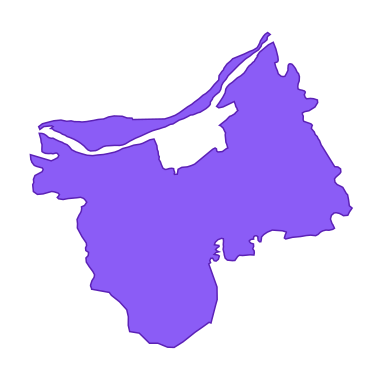 the district of Markz Al Minya, Al Minya, Egypt, rotated 266°
{"feature_id": "37247803B71676379887746", "entity_name": "Markz Al Minya", "entity_type": "district", "adm_level": 2, "iso_a3": "EGY", "parent_name": "Egypt", "parent_adm1": "Al Minya", "projection": "equal_earth", "projection_center": [30.728, 28.101], "detail": "fine", "context": "isolated", "style": "filled", "palette": "violet", "viewbox_px": 384, "rotation_deg": 266, "n_neighbors": 0, "source": "geoboundaries", "source_scale": "gbopen_adm2", "svg_char_len": 6027}
<svg xmlns="http://www.w3.org/2000/svg" viewBox="0 0 384 384"><g transform="rotate(266 192 192)"><path d="M247.5,157.8L247.0,153.6L244.0,146.2L243.3,143.3L242.8,137.2L241.3,131.7L240.2,125.8L238.5,122.0L237.2,117.8L236.2,111.3L235.6,106.4L235.5,100.5L235.2,95.4L236.0,89.9L237.9,84.6L240.1,79.0L242.5,75.0L246.0,72.5L247.9,70.7L249.3,67.8L250.6,66.0L252.0,62.8L253.8,59.6L255.4,57.1L255.4,55.2L256.3,52.8L258.6,50.5L260.2,48.3L260.9,46.3L261.2,43.7L255.3,44.9L252.3,45.0L249.7,45.7L244.9,45.2L242.8,45.2L241.8,46.5L240.8,48.4L240.3,51.6L240.3,54.1L239.8,56.0L240.4,59.1L239.9,60.4L237.8,61.7L235.7,60.5L234.0,56.8L232.9,53.7L240.5,33.4L235.7,33.5L233.6,34.2L233.1,34.2L229.9,36.2L229.4,36.8L228.4,38.7L226.4,44.4L224.8,45.1L222.7,43.9L219.4,36.5L215.7,34.7L212.5,34.8L210.4,33.6L203.5,33.8L200.4,37.6L200.5,43.3L202.3,52.0L201.8,54.5L200.3,58.3L198.7,59.6L197.1,58.4L196.0,57.2L194.5,58.5L193.5,62.9L194.1,67.9L194.3,77.3L194.5,80.5L193.4,83.0L192.3,84.3L189.2,86.3L186.0,83.8L184.9,80.7L183.3,80.8L180.6,80.2L178.5,79.0L176.9,77.8L172.6,75.4L168.4,75.6L164.1,75.1L155.2,79.1L148.5,83.0L145.8,83.1L143.7,81.9L141.0,82.0L139.0,84.6L135.8,84.0L133.6,81.6L129.4,81.7L124.7,84.3L119.5,87.6L116.3,89.0L113.7,88.4L110.5,86.0L106.2,84.3L105.2,84.3L103.1,85.0L102.0,85.1L97.6,102.5L94.5,104.4L87.6,112.0L79.1,118.7L72.0,119.8L63.4,119.1L57.1,120.1L54.9,129.5L44.1,139.0L43.5,147.4L38.9,156.8L38.2,163.3L43.1,172.5L51.9,185.3L56.8,193.5L60.8,199.9L60.0,201.8L78.2,207.9L82.9,209.6L95.5,210.3L119.1,203.7L120.2,205.6L122.3,204.9L124.5,206.1L124.5,208.0L121.9,209.3L121.4,211.2L123.0,213.6L126.2,214.8L127.3,213.5L128.2,209.7L129.9,211.6L130.5,214.7L131.5,212.8L133.0,211.5L134.6,213.3L135.7,215.2L136.8,215.1L137.8,210.7L139.4,211.3L140.4,211.9L142.6,214.5L143.7,218.1L143.2,220.0L140.6,220.0L137.4,219.5L135.3,219.6L132.6,219.0L129.0,219.7L126.9,219.8L123.7,220.5L121.6,222.5L120.7,227.5L120.7,230.0L124.5,233.1L125.6,234.9L125.1,238.1L125.3,245.6L124.8,249.4L126.9,249.9L129.0,249.9L131.1,248.6L133.3,249.7L135.9,249.7L136.9,247.1L138.5,245.8L139.5,245.8L140.6,247.7L140.7,250.2L141.7,250.1L143.3,250.7L143.9,251.9L143.9,253.2L142.9,254.5L139.2,254.6L137.6,255.9L137.6,257.2L139.2,257.7L142.4,258.3L144.6,260.7L146.7,264.4L148.4,269.4L147.0,279.5L145.5,283.3L145.0,283.3L142.9,282.1L139.7,280.9L138.6,282.2L139.8,289.1L140.0,297.3L140.6,302.9L140.7,307.3L139.8,312.3L140.9,314.8L143.0,317.3L144.1,319.7L144.7,322.9L144.3,326.0L144.9,329.8L145.9,331.6L149.6,330.2L150.7,329.5L155.0,328.3L155.6,328.3L159.2,329.5L159.7,330.5L161.1,332.1L161.3,334.3L160.4,337.4L159.0,339.8L157.8,341.4L157.9,345.8L161.0,347.6L164.8,350.6L167.3,348.0L173.7,347.6L178.4,347.0L179.8,345.8L186.0,342.8L186.8,341.7L189.3,337.3L191.9,335.3L195.2,335.1L197.0,336.8L200.1,340.8L201.6,341.9L204.7,341.8L206.8,339.3L207.3,336.1L228.4,325.0L229.7,324.2L234.4,322.8L236.5,321.5L238.6,320.8L240.7,318.9L243.3,318.2L247.0,315.5L248.9,316.1L250.2,316.7L251.7,315.4L254.7,308.4L256.3,307.9L260.0,308.3L261.6,307.6L263.2,307.6L264.3,310.0L264.9,314.4L268.2,320.6L272.4,323.6L275.1,323.5L276.6,319.7L277.1,316.6L277.0,312.8L278.6,311.5L281.2,310.8L282.2,311.4L283.8,312.0L284.9,311.3L285.9,308.8L286.4,306.9L287.4,305.0L290.0,304.9L292.7,305.5L295.3,306.7L299.6,307.2L302.7,306.5L304.3,305.2L308.0,303.8L311.1,301.8L312.6,300.5L313.1,298.6L312.6,297.4L311.5,296.8L308.3,296.3L306.8,296.3L303.6,294.5L300.9,292.7L300.8,290.8L301.3,288.9L303.9,286.3L307.1,285.6L310.8,284.3L315.0,283.5L315.5,284.8L315.5,285.4L316.1,286.6L317.5,287.2L320.8,287.1L328.7,285.7L335.7,283.5L333.5,278.5L326.7,269.1L323.6,266.7L323.2,267.1L319.4,264.1L318.0,263.3L317.1,261.8L315.4,260.0L314.0,257.9L312.0,256.0L309.6,254.4L307.1,252.3L304.5,248.8L302.7,245.2L298.7,240.0L296.7,236.7L294.5,234.4L292.3,232.9L288.6,232.0L284.3,229.3L279.4,225.6L275.7,222.5L274.1,224.6L274.7,228.9L279.3,240.4L276.0,241.4L274.9,241.5L273.3,242.1L272.3,242.8L271.2,242.8L270.2,243.5L267.5,240.4L267.2,240.4L265.3,236.7L264.8,234.8L261.5,231.2L256.6,224.1L256.0,225.3L253.5,227.6L249.8,229.0L248.8,229.6L246.7,229.1L239.3,229.3L237.2,230.0L233.4,230.8L232.9,229.4L230.2,225.1L230.1,220.7L231.2,219.5L233.3,219.4L234.3,218.1L233.2,215.6L219.6,196.6L218.5,193.5L217.4,189.1L217.3,183.5L215.6,179.7L210.8,178.6L210.8,175.8L211.3,175.5L212.9,176.1L215.0,175.4L216.6,175.3L217.1,173.4L217.0,170.9L216.4,168.4L216.4,166.6L217.9,164.6L221.6,163.3L224.3,162.6L226.9,161.3L229.5,161.8L231.1,161.1L234.8,161.0L236.9,160.3L240.6,160.2L247.5,157.8ZM345.8,278.6L344.2,275.9L342.4,274.1L338.0,270.8L336.0,270.0L333.5,268.5L331.4,267.0L329.3,263.0L328.2,259.3L326.0,253.7L322.1,241.9L319.9,239.5L317.2,235.8L313.2,232.5L311.8,232.0L310.1,230.2L306.2,227.1L301.9,226.5L297.7,221.8L292.9,217.4L289.3,212.7L287.7,209.6L284.4,205.3L281.7,201.0L279.5,197.9L277.3,193.6L271.9,184.9L269.7,180.6L268.0,175.0L266.8,169.8L268.4,138.0L269.9,137.3L270.4,132.3L272.4,127.8L273.3,119.6L272.7,114.0L271.0,108.9L270.9,103.4L270.3,99.0L269.6,91.5L269.5,87.1L270.0,84.6L270.4,79.6L271.4,76.4L271.3,71.9L272.9,66.3L272.7,59.2L271.3,51.5L270.5,47.5L267.9,43.6L265.0,44.6L267.6,48.7L267.8,56.5L267.6,56.9L266.9,58.0L265.2,55.5L264.9,57.0L263.0,58.9L260.4,64.6L258.7,66.8L257.6,69.3L256.1,71.2L254.9,74.0L252.9,77.9L250.4,81.8L248.3,84.5L245.4,87.6L242.9,89.6L241.1,91.3L240.0,93.7L240.0,98.7L240.6,100.7L243.5,106.8L244.0,109.6L243.9,118.2L243.5,123.1L243.8,126.0L244.7,129.0L247.1,133.6L249.6,139.4L251.4,144.8L254.3,152.4L255.9,157.0L256.8,160.9L257.3,163.5L258.3,167.3L258.8,169.8L261.0,175.1L261.2,177.7L264.6,184.2L265.8,188.8L267.5,192.9L268.9,195.9L268.9,198.2L269.7,200.8L270.6,203.3L271.0,205.6L274.1,211.6L275.8,214.0L277.1,215.5L278.4,216.4L280.5,216.6L283.0,218.7L284.7,219.5L286.9,221.9L289.9,226.2L292.3,227.8L296.3,229.0L299.1,230.8L302.2,233.9L305.5,236.2L308.9,240.2L315.8,248.0L318.0,250.9L320.5,254.0L321.5,255.5L323.6,259.3L326.0,262.6L329.2,268.3L332.5,271.1L334.3,271.7L335.4,272.7L336.6,274.8L338.6,277.4L339.6,277.7L340.7,277.7L342.0,278.4L343.7,281.0L345.8,278.6Z" fill="#8b5cf6" stroke="#5b21b6" stroke-width="1.5"/></g></svg>